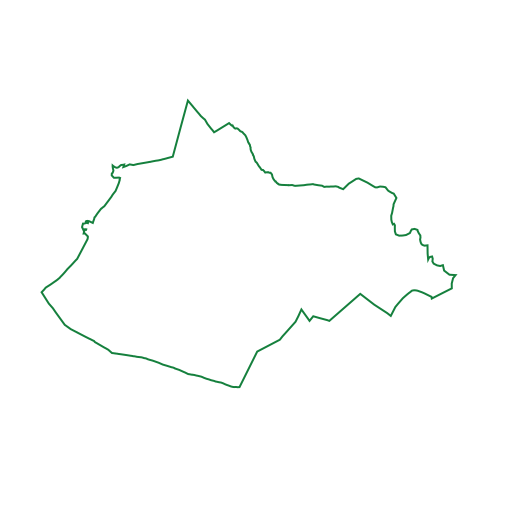 outline of San Felipe Jalapa de Díaz, Oaxaca, Mexico, rotated 195°
{"feature_id": "50627088B17245875602717", "entity_name": "San Felipe Jalapa de Díaz", "entity_type": "district", "adm_level": 2, "iso_a3": "MEX", "parent_name": "Mexico", "parent_adm1": "Oaxaca", "projection": "equal_earth", "projection_center": [-96.53, 18.067], "detail": "fine", "context": "isolated", "style": "outline", "palette": "green", "viewbox_px": 512, "rotation_deg": 195, "n_neighbors": 0, "source": "geoboundaries", "source_scale": "gbopen_adm2", "svg_char_len": 5939}
<svg xmlns="http://www.w3.org/2000/svg" viewBox="0 0 512 512"><g transform="rotate(195 256 256)"><path d="M316.4,377.4L319.6,374.0L323.2,370.2L326.2,367.0L327.4,365.8L328.5,364.7L328.7,364.9L328.8,364.9L330.9,366.5L331.9,367.1L337.1,371.0L340.6,374.5L342.6,375.4L345.5,376.9L348.4,379.0L349.2,379.5L355.2,383.7L355.4,383.9L362.0,388.5L362.1,360.7L362.1,358.7L362.1,355.8L362.1,330.4L365.4,328.5L366.8,327.7L368.1,326.9L370.6,325.5L370.9,325.4L372.5,324.4L374.8,323.2L375.7,322.8L377.4,322.1L380.3,320.7L380.5,320.6L381.7,320.0L382.6,319.5L383.3,319.3L384.0,318.9L385.5,318.2L392.0,315.2L394.4,314.1L394.9,313.8L397.6,312.3L398.0,312.1L401.7,311.8L403.7,310.1L404.4,309.5L407.1,307.6L407.0,309.5L407.0,310.2L408.1,309.6L408.8,309.4L409.8,309.0L410.4,308.3L411.0,307.5L411.6,306.4L412.4,305.7L413.3,305.2L414.3,305.2L415.3,305.3L416.4,305.7L417.3,306.0L417.9,306.3L417.7,305.5L417.0,303.8L415.8,301.5L416.0,299.2L416.6,298.4L416.6,298.2L416.2,296.5L413.5,294.8L412.3,295.1L408.5,296.3L407.5,296.2L407.5,295.5L407.5,294.4L407.4,294.3L407.3,294.2L407.4,290.7L408.0,285.9L408.5,282.4L409.8,279.4L410.5,277.6L411.0,275.8L415.4,264.8L416.9,262.9L417.5,261.9L417.8,261.7L418.3,260.6L420.2,256.0L421.0,253.7L421.4,252.4L422.0,251.5L421.9,249.7L422.1,247.8L422.2,245.7L426.1,246.4L427.8,246.3L429.0,245.8L429.3,245.3L428.8,244.4L427.8,245.0L426.9,244.7L426.9,244.2L427.9,244.3L430.7,242.7L431.5,242.5L431.5,238.9L429.9,237.0L429.5,236.5L429.1,237.2L427.6,237.7L426.9,237.8L426.9,237.3L428.4,236.7L428.3,233.1L427.1,233.5L423.5,231.4L423.5,231.1L423.2,230.3L423.1,228.6L428.0,206.9L429.1,205.0L430.4,202.5L431.3,200.7L431.5,200.4L432.3,198.8L432.4,198.7L434.9,194.3L434.9,194.2L435.0,194.1L435.1,193.8L436.2,191.4L437.5,188.8L438.8,186.4L439.2,185.8L440.0,184.1L440.5,183.4L441.5,182.0L441.5,181.9L447.2,175.1L450.7,171.3L451.3,170.3L451.4,170.0L452.0,168.6L452.3,168.1L453.7,165.5L443.8,156.4L438.7,153.0L435.1,149.9L422.9,140.0L416.0,137.4L400.1,133.9L399.2,133.7L397.2,133.3L396.4,133.1L394.5,132.8L392.3,132.3L391.8,132.2L390.5,132.0L389.4,131.2L388.4,130.9L387.1,130.6L386.5,130.4L382.8,129.4L381.0,128.9L378.8,128.3L377.4,128.0L374.4,127.2L370.0,125.0L368.0,125.3L367.7,125.3L366.9,125.4L366.6,125.5L366.0,125.5L365.0,125.7L363.5,125.8L361.3,126.1L357.9,126.5L354.3,126.9L351.3,127.2L349.8,127.4L348.8,127.4L348.3,127.5L347.2,127.7L344.9,127.8L340.4,128.5L338.9,128.5L337.7,128.4L336.0,128.6L334.9,128.5L334.1,128.3L332.0,128.2L329.0,128.2L327.4,128.1L323.7,127.8L322.4,127.7L317.9,127.0L313.4,126.9L311.3,126.8L310.8,126.8L309.4,126.7L308.7,126.7L308.4,126.7L307.5,126.8L305.6,126.6L305.4,126.4L300.6,126.1L298.9,125.8L297.6,125.6L296.5,125.4L294.3,125.1L291.5,124.5L290.9,124.4L289.4,124.6L289.2,124.6L287.9,124.7L287.6,124.7L286.8,124.8L286.7,124.9L284.7,125.1L282.5,125.1L282.4,125.1L281.5,125.2L277.9,125.3L277.7,125.3L276.0,125.1L275.1,124.9L272.0,124.6L269.6,124.6L267.2,124.4L264.3,124.5L262.4,124.3L261.6,124.4L259.1,124.5L257.2,124.7L256.9,124.7L255.6,124.6L254.7,124.5L252.6,124.1L250.9,123.9L249.2,123.8L248.2,123.7L246.5,123.5L245.4,123.5L243.9,123.6L243.0,123.8L241.5,124.3L239.8,124.5L238.0,125.1L236.3,133.4L230.1,164.0L211.3,181.3L209.6,185.3L208.0,188.4L200.8,202.7L199.5,208.9L198.3,216.1L189.4,208.8L187.5,207.2L185.1,212.6L178.6,212.5L170.4,212.5L168.4,212.3L145.5,246.4L129.2,239.6L114.5,234.8L110.3,233.0L110.0,234.4L108.2,242.8L106.6,246.3L104.8,250.0L103.3,253.1L102.0,255.1L100.1,257.9L98.8,259.7L97.5,261.3L96.5,262.8L95.2,263.5L93.7,264.0L92.3,264.2L91.0,264.3L86.2,263.9L83.6,263.5L77.6,262.3L75.9,262.0L75.2,260.4L66.0,268.7L58.5,275.4L59.8,280.0L59.9,285.6L58.3,289.2L64.3,288.0L70.5,290.6L73.1,295.5L75.5,294.0L78.7,293.8L82.4,294.6L84.2,296.4L84.6,299.1L85.8,301.1L87.7,300.1L88.5,298.8L88.8,297.2L90.8,302.6L93.1,310.7L95.9,309.6L97.4,309.7L98.6,310.0L99.6,310.7L100.2,311.5L100.8,312.4L101.8,314.5L101.9,316.3L102.6,318.4L104.6,320.1L106.2,321.9L106.8,323.0L107.8,323.1L109.9,323.2L111.5,322.4L112.4,322.0L112.9,320.4L113.3,318.0L116.5,315.1L119.7,313.7L123.0,312.7L126.5,313.1L128.2,315.7L129.2,319.1L129.8,321.6L131.0,322.8L132.0,321.9L133.5,323.8L134.7,326.1L135.8,329.9L135.7,332.8L136.1,338.2L136.1,339.6L136.5,341.6L135.4,348.4L139.1,351.9L141.0,352.1L144.0,352.9L145.4,353.4L148.7,355.9L151.0,355.8L154.2,355.2L156.8,353.6L158.6,353.2L161.2,353.9L167.3,355.7L176.8,357.5L179.2,356.4L182.7,352.5L185.1,349.9L189.1,343.1L193.5,343.6L194.2,344.0L196.0,344.0L197.2,343.9L199.3,343.1L201.7,342.5L202.9,342.0L204.5,341.6L205.7,341.3L206.5,341.0L207.2,340.7L208.0,340.4L210.4,341.0L214.0,340.5L218.3,340.1L219.0,340.1L219.5,340.2L222.0,339.2L224.3,338.4L225.6,337.9L228.0,336.8L236.3,333.9L237.4,333.8L238.4,333.9L239.1,333.9L239.5,333.9L241.9,333.1L242.3,333.0L242.7,332.8L243.0,332.9L243.3,332.7L243.6,332.7L247.5,331.8L250.2,331.2L250.5,331.2L250.9,331.2L251.4,331.0L251.8,331.1L252.1,331.1L252.4,331.0L253.5,331.4L253.5,331.6L253.9,331.7L254.4,331.9L254.7,331.9L254.9,332.0L255.2,332.3L255.7,332.7L255.8,332.7L256.2,332.9L256.4,332.9L256.5,333.2L256.8,333.2L257.3,333.5L257.5,333.6L257.8,333.8L258.1,334.1L259.0,334.8L260.4,336.4L261.7,338.9L263.5,340.2L264.3,339.9L265.3,340.0L266.0,340.1L266.2,339.8L267.1,339.7L268.7,339.0L269.5,339.6L269.9,340.0L271.5,340.9L272.8,340.7L273.0,340.7L275.5,342.9L275.8,343.0L276.3,343.4L277.0,344.0L278.4,345.4L279.5,346.4L280.3,346.8L280.7,346.9L280.9,347.1L282.8,349.5L283.5,350.9L284.0,351.8L285.2,352.9L285.2,353.4L287.4,355.5L288.4,356.9L289.0,358.1L289.2,358.9L289.3,359.4L290.0,360.3L290.5,361.3L290.9,362.1L291.8,362.6L291.9,362.9L292.2,363.3L292.6,363.6L292.8,363.6L294.3,365.9L295.6,367.6L295.8,367.9L297.5,369.8L299.5,371.0L300.2,371.4L300.9,372.0L301.6,372.2L301.7,372.3L303.1,372.4L303.7,372.6L304.2,372.9L304.4,373.1L306.5,374.2L306.8,374.3L307.8,374.3L309.0,373.7L309.6,373.9L309.9,374.0L311.1,374.7L311.6,375.2L311.7,375.3L311.7,375.2L311.8,375.4L312.0,375.6L313.2,375.7L314.8,376.5L316.4,377.4Z" fill="none" stroke="#15803d" stroke-width="2"/></g></svg>